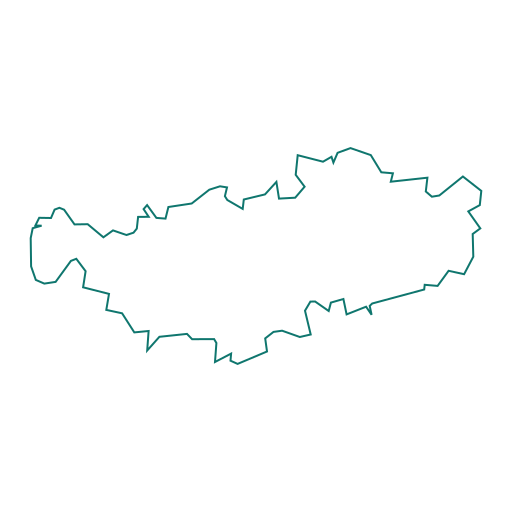 an SVG outline of Walloon Brabant
{"feature_id": "BEL-3482", "entity_name": "Walloon Brabant", "entity_type": "Province", "adm_level": 1, "iso_a3": "BEL", "parent_name": "Belgium", "parent_adm1": "", "projection": "orthographic", "projection_center": [4.525, 50.668], "detail": "fine", "context": "isolated", "style": "outline", "palette": "teal", "viewbox_px": 512, "rotation_deg": 0, "n_neighbors": 0, "source": "natural_earth", "source_scale": "10m", "svg_char_len": 1355}
<svg xmlns="http://www.w3.org/2000/svg" viewBox="0 0 512 512"><path d="M35.4,225.5L39.2,217.8L51.0,218.0L54.6,209.6L59.4,207.8L64.1,209.7L74.5,224.4L87.7,224.2L103.4,237.3L113.0,230.4L126.4,235.0L133.5,232.7L136.8,228.6L138.1,216.9L148.7,216.8L143.6,209.1L147.1,205.1L156.4,217.9L165.5,218.6L168.4,207.0L191.7,203.5L209.3,189.7L220.0,186.3L227.0,187.4L224.9,196.2L227.3,200.0L242.7,208.9L243.8,199.5L265.0,194.4L276.4,181.9L279.0,198.6L295.2,197.7L304.6,186.7L295.7,174.8L297.7,155.2L323.0,161.7L331.5,156.8L333.4,162.6L337.6,152.8L350.5,148.1L370.8,155.1L381.3,172.3L392.9,173.3L390.8,181.7L427.4,177.7L425.8,191.5L431.9,196.7L439.3,195.5L462.9,176.5L481.3,190.9L479.8,205.1L468.3,211.4L480.3,228.4L472.7,234.0L473.3,256.7L464.1,274.2L448.6,270.8L437.6,285.9L424.7,284.8L424.2,289.5L372.2,303.5L369.7,305.9L371.6,314.8L366.1,306.7L346.6,314.4L343.4,299.0L330.9,302.6L328.7,311.0L315.1,301.5L310.4,301.6L305.0,310.7L310.7,334.5L299.8,337.0L282.1,330.7L273.5,331.9L265.2,338.4L267.0,351.5L237.6,363.9L230.5,360.7L231.1,353.6L215.0,362.0L216.4,343.0L214.1,339.1L192.1,339.2L187.0,333.9L159.4,336.8L147.2,350.5L148.6,331.0L134.3,332.4L122.1,313.3L106.3,309.9L109.0,293.9L83.1,287.3L85.6,271.2L76.3,258.8L70.9,260.9L55.6,281.9L44.3,283.6L35.8,279.9L31.1,266.4L30.7,238.1L32.7,228.2L41.6,225.7L35.4,225.5Z" fill="none" stroke="#0f766e" stroke-width="2"/></svg>